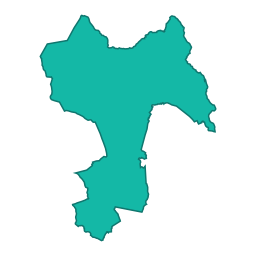 outline of Atzacan, Veracruz, Mexico
{"feature_id": "50627088B93349532153304", "entity_name": "Atzacan", "entity_type": "district", "adm_level": 2, "iso_a3": "MEX", "parent_name": "Mexico", "parent_adm1": "Veracruz", "projection": "natural_earth1", "projection_center": [-97.077, 18.934], "detail": "fine", "context": "isolated", "style": "filled", "palette": "teal", "viewbox_px": 256, "rotation_deg": 0, "n_neighbors": 0, "source": "geoboundaries", "source_scale": "gbopen_adm2", "svg_char_len": 5747}
<svg xmlns="http://www.w3.org/2000/svg" viewBox="0 0 256 256"><path d="M196.0,70.2L194.4,69.4L192.6,68.1L192.6,67.1L192.0,66.3L191.3,66.3L190.4,65.4L190.4,64.5L189.6,64.0L188.2,63.8L187.5,63.3L187.3,62.5L187.5,62.0L186.9,61.7L185.5,59.5L186.9,57.5L186.6,57.0L188.1,55.1L188.5,54.1L190.0,53.4L189.7,51.4L190.3,49.9L190.8,49.1L191.5,47.2L190.5,45.4L189.7,43.7L188.7,42.9L187.5,42.3L186.6,41.2L185.5,39.1L184.1,37.0L183.6,35.9L184.4,32.6L183.8,31.7L183.5,30.0L183.9,28.9L184.1,27.7L183.5,27.0L183.0,27.0L182.2,25.5L181.4,24.9L180.3,22.3L178.7,20.7L177.9,19.8L178.0,19.6L176.9,18.5L176.1,18.2L174.9,16.8L174.1,16.4L172.9,16.3L172.0,15.9L171.0,16.4L169.8,17.5L170.1,18.8L170.0,19.3L167.3,23.1L166.4,23.5L166.1,25.1L166.1,26.3L165.3,29.2L164.1,30.9L164.6,31.3L164.0,31.9L163.4,31.2L162.8,31.3L162.8,31.1L160.5,30.7L160.5,30.4L159.0,30.6L157.3,31.2L156.7,31.9L156.7,32.4L152.4,32.6L151.8,32.0L151.1,31.7L150.4,31.8L149.6,32.2L148.8,33.0L147.9,34.5L146.4,34.9L145.6,35.2L145.3,35.8L145.8,36.7L145.5,36.7L144.1,38.3L144.3,38.6L142.7,38.6L141.4,39.2L140.8,40.1L138.6,42.0L137.7,43.2L136.2,44.2L135.5,45.9L133.6,46.7L132.9,47.8L131.7,48.2L130.8,48.3L129.8,47.8L128.6,48.6L125.0,48.9L123.4,48.5L122.8,48.7L120.3,48.4L119.4,47.9L118.9,48.1L118.0,48.8L116.7,48.5L115.4,48.5L114.7,48.0L114.2,48.1L113.9,47.3L112.8,46.9L111.5,47.7L109.1,48.0L107.6,47.0L107.9,45.7L108.2,45.3L108.1,44.8L107.6,43.7L107.8,42.4L107.8,40.1L107.3,38.5L106.1,36.9L104.7,36.6L103.0,35.3L101.8,35.4L101.0,34.0L99.8,33.1L99.7,32.0L98.4,30.5L95.9,30.1L95.0,29.6L93.7,27.7L93.6,27.2L91.9,24.9L90.2,22.9L89.5,21.4L89.2,20.0L88.7,18.4L87.9,17.1L84.3,15.7L83.1,16.1L82.4,15.6L81.6,15.4L80.9,16.1L80.4,17.9L79.5,19.5L74.2,27.7L67.3,40.5L47.3,44.0L40.3,56.4L41.2,58.4L41.6,58.5L41.6,59.8L42.2,63.2L42.1,65.2L43.0,66.7L43.2,68.4L43.6,69.6L45.2,71.1L46.1,74.4L46.2,75.6L46.6,76.6L47.3,76.9L49.8,77.1L50.9,77.1L51.4,77.0L51.6,77.8L52.4,78.4L51.2,82.7L50.6,84.2L51.5,86.8L52.1,91.4L51.8,94.1L50.4,96.3L50.3,97.0L50.5,98.2L50.9,98.9L51.7,99.7L54.2,100.6L59.5,102.1L64.5,111.1L66.1,110.5L68.2,110.8L71.6,111.9L75.5,112.6L77.2,113.8L79.3,114.6L82.8,116.4L83.6,117.0L85.1,118.5L87.8,120.1L88.8,120.2L89.8,119.8L90.8,119.8L93.2,122.2L95.3,122.2L100.3,133.8L101.9,138.5L103.5,142.6L105.5,148.2L106.6,153.1L106.9,156.1L106.0,157.0L103.9,156.5L100.8,158.9L99.3,160.7L96.3,161.0L92.6,162.2L93.0,163.5L91.8,164.3L92.3,165.6L86.7,170.1L75.5,173.0L76.8,173.4L78.1,174.2L79.3,175.7L80.4,177.6L81.0,177.9L82.3,179.3L84.3,182.2L85.0,185.7L85.7,187.2L87.8,188.2L87.7,190.3L87.0,192.5L87.2,193.2L87.7,194.1L87.8,194.9L87.6,195.1L87.5,196.2L88.1,197.7L88.6,198.5L88.2,198.9L87.3,198.9L85.2,200.1L81.8,201.4L76.9,203.0L75.5,203.7L72.6,204.5L72.8,205.3L74.4,206.7L74.7,207.5L75.5,208.4L75.9,209.5L75.9,211.3L76.5,213.5L76.2,215.4L75.8,216.3L75.7,217.6L76.5,220.6L75.9,222.5L75.4,223.0L75.4,223.9L75.6,224.2L78.2,226.4L78.7,225.9L79.1,225.7L80.0,225.8L81.0,225.5L82.3,225.6L82.3,225.8L83.1,226.1L83.9,227.1L84.1,228.7L84.4,228.7L84.4,230.7L84.6,231.2L85.7,232.0L86.3,232.0L86.4,231.8L88.1,231.7L89.7,232.2L90.7,233.5L90.6,235.3L91.0,235.3L91.4,235.8L92.7,237.1L94.8,237.4L96.5,238.2L97.6,238.4L101.5,240.6L103.0,240.0L103.0,239.3L103.7,237.7L104.1,237.6L104.1,236.7L105.4,234.1L105.9,233.4L106.7,232.6L106.7,232.0L107.2,231.8L107.6,232.3L108.3,232.7L108.3,232.1L111.4,231.8L111.4,228.6L112.0,228.1L111.9,226.6L112.9,225.8L120.3,221.1L119.9,219.6L119.5,219.1L119.5,218.7L118.0,214.7L118.1,214.3L115.5,211.3L115.3,210.8L114.4,210.0L114.2,209.3L114.4,209.3L115.3,206.9L141.9,212.1L142.3,211.3L142.6,210.1L142.9,209.8L143.3,208.7L143.6,206.7L144.7,205.4L146.4,204.3L146.2,204.2L145.7,202.1L146.1,200.6L147.2,199.4L147.2,199.1L148.0,197.6L148.0,196.8L148.2,196.5L148.1,196.0L148.5,194.6L148.5,194.0L147.9,192.6L147.5,190.8L147.7,190.3L147.7,187.2L146.7,183.8L146.1,183.6L145.1,166.2L143.6,168.0L142.9,167.7L142.0,166.9L141.0,166.9L140.5,167.4L140.1,164.1L140.2,163.2L140.6,162.4L140.5,161.1L139.9,160.1L138.5,159.2L138.7,158.6L139.0,158.2L139.6,158.0L140.0,158.2L141.2,158.2L141.5,157.6L142.9,158.1L142.9,158.3L144.5,159.1L145.1,158.7L146.3,158.4L146.0,157.7L146.3,157.3L146.3,157.0L145.9,156.0L146.3,155.3L145.7,154.5L145.1,154.2L145.6,152.8L143.5,151.3L142.2,151.0L141.2,149.6L145.1,135.0L147.0,129.0L147.8,123.5L149.1,121.0L148.7,120.4L148.0,119.9L148.5,118.0L148.9,118.3L149.4,117.2L149.6,116.1L149.8,116.2L150.4,114.9L151.0,114.2L149.4,112.5L151.9,109.6L151.6,109.2L152.8,106.9L151.8,106.6L151.9,105.3L152.6,104.9L155.1,105.0L155.4,104.7L156.3,104.6L157.1,104.6L157.5,104.1L160.3,104.0L160.5,103.5L161.4,104.0L161.7,103.3L162.4,103.0L162.7,103.0L162.8,103.2L163.0,102.9L163.1,103.0L163.4,103.2L163.2,103.6L163.5,103.8L163.8,103.6L163.9,103.8L164.1,103.4L164.4,103.5L166.0,102.9L167.5,102.8L170.3,104.0L171.6,104.8L176.5,106.1L189.5,116.4L192.6,119.5L194.4,121.8L197.0,120.7L197.4,121.4L197.7,122.3L198.6,124.0L201.5,122.8L201.3,122.4L201.5,122.2L202.3,121.6L202.4,121.3L203.2,121.3L203.3,122.0L204.5,122.1L205.2,124.8L205.9,126.2L206.9,127.1L207.8,127.3L208.4,127.9L208.4,128.3L208.1,129.1L208.3,130.3L208.6,130.6L212.3,131.0L214.1,131.7L215.1,131.8L214.6,128.9L214.6,128.0L214.8,127.4L214.7,126.5L213.7,124.0L213.0,123.2L211.3,122.5L210.3,121.7L209.5,120.3L209.3,119.7L209.3,119.0L208.6,116.7L208.7,115.7L208.7,114.9L209.7,113.4L210.9,112.4L211.2,111.5L212.4,110.6L214.1,110.9L214.8,110.4L215.6,109.5L215.7,108.5L214.4,105.5L214.0,105.0L212.7,104.9L210.6,103.2L209.2,101.3L208.8,100.2L207.1,98.4L207.1,97.5L206.8,96.0L206.0,94.5L205.9,92.8L205.9,92.1L206.5,91.7L206.6,91.4L206.5,89.2L207.4,88.2L207.7,86.8L206.3,83.3L205.7,80.6L204.8,81.3L204.4,79.6L205.0,79.2L204.4,78.2L203.7,76.2L203.3,75.6L201.7,74.6L200.2,72.4L199.0,73.0L197.5,72.4L196.0,71.0L196.0,70.2Z" fill="#14b8a6" stroke="#0f766e" stroke-width="1.5"/></svg>